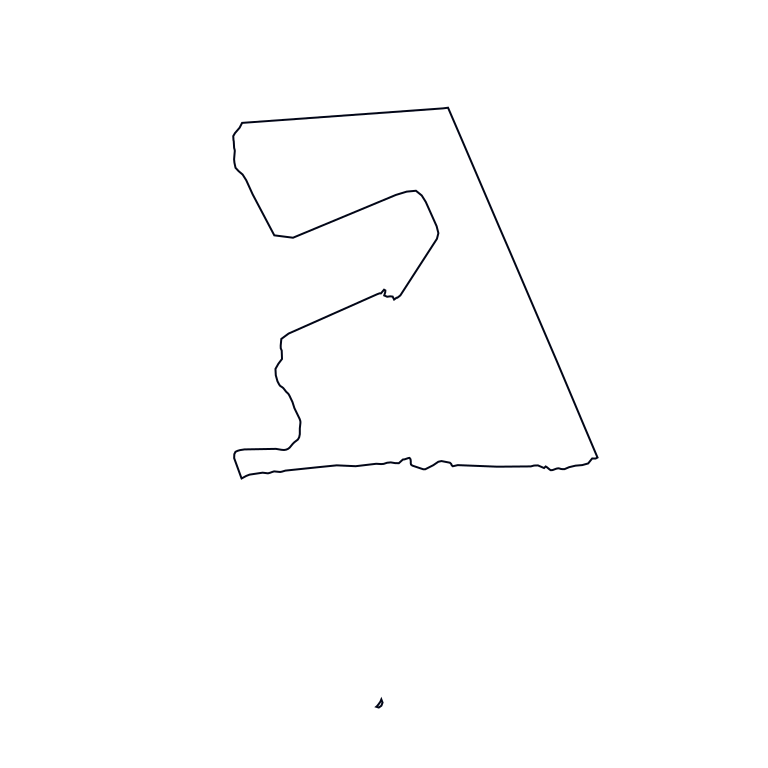 the Province of Sandaun, rotated 157°
{"feature_id": "PNG-1241", "entity_name": "Sandaun", "entity_type": "Province", "adm_level": 1, "iso_a3": "PNG", "parent_name": "Papua New Guinea", "parent_adm1": "", "projection": "orthographic", "projection_center": [142.09, -3.55], "detail": "fine", "context": "isolated", "style": "outline", "palette": "ink", "viewbox_px": 768, "rotation_deg": 157, "n_neighbors": 0, "source": "natural_earth", "source_scale": "10m", "svg_char_len": 2162}
<svg xmlns="http://www.w3.org/2000/svg" viewBox="0 0 768 768"><g transform="rotate(157 384 384)"><path d="M217.1,613.3L216.9,579.1L216.8,550.7L216.6,483.5L216.4,456.2L216.3,424.0L216.2,389.2L216.0,336.4L216.1,296.9L216.2,265.8L216.2,237.8L216.2,232.9L218.3,232.7L221.5,234.1L227.1,231.1L233.2,231.9L239.6,234.0L246.1,235.1L251.1,235.1L253.0,235.9L254.4,236.7L255.4,237.6L256.5,238.3L258.3,238.7L262.4,238.9L264.2,239.5L264.9,240.5L266.6,243.8L267.4,244.9L269.5,244.1L274.1,248.9L277.7,250.3L281.1,250.8L312.0,263.6L347.8,280.5L352.8,281.4L353.4,282.6L353.4,284.2L354.1,285.8L361.2,290.6L364.4,291.2L370.4,290.0L379.4,289.4L381.1,290.1L389.8,297.8L390.6,299.3L390.3,300.7L389.5,302.5L389.0,304.4L389.4,306.0L390.5,306.3L394.6,306.6L396.1,307.1L401.3,305.3L404.8,306.9L408.4,309.2L411.9,310.3L415.5,310.6L417.9,311.4L422.3,313.6L442.2,319.4L459.3,327.6L477.3,333.2L508.6,342.8L512.2,343.2L514.0,343.6L519.3,346.5L521.3,346.7L523.6,346.8L525.7,347.1L530.4,349.8L543.1,353.1L546.7,353.2L552.0,352.7L552.0,353.3L550.9,374.3L549.2,377.9L547.2,379.6L544.9,379.7L542.4,379.4L538.0,378.3L508.8,366.5L504.1,363.5L501.8,362.3L499.7,361.8L497.7,361.8L495.7,362.3L491.5,364.5L489.3,365.4L485.0,366.5L482.9,368.1L481.1,370.7L478.8,376.1L476.1,380.9L475.5,382.5L475.3,384.9L475.9,396.7L475.3,403.2L475.6,410.4L475.9,412.4L477.1,415.1L478.3,419.6L479.0,420.9L480.3,422.8L480.7,424.4L481.0,428.1L480.2,434.3L478.0,440.3L473.3,443.9L468.1,446.9L465.1,454.7L465.1,457.2L464.1,459.7L460.9,465.6L452.1,467.7L355.3,469.3L352.7,469.2L351.4,468.6L347.1,470.8L346.2,469.6L347.0,468.0L349.2,465.4L347.0,463.1L344.1,462.3L341.9,461.1L341.7,457.8L338.7,458.5L338.0,458.2L335.6,458.8L334.3,459.2L278.5,497.0L275.0,501.6L273.9,508.7L274.4,535.2L275.6,542.8L279.1,549.4L287.9,552.2L299.2,553.4L410.6,554.2L426.9,563.7L430.8,609.9L431.2,625.4L432.3,632.1L434.6,636.6L436.2,641.0L435.2,646.2L434.2,649.4L430.3,656.8L430.0,657.8L429.7,659.9L427.4,666.3L427.3,667.2L425.9,671.1L423.1,673.2L416.8,676.3L412.6,679.8L221.8,614.6L217.1,613.3ZM509.7,94.7L509.8,91.3L512.1,88.9L515.2,88.2L517.2,89.9L516.2,90.2L514.0,91.4L511.4,93.0L509.7,94.7Z" fill="none" stroke="#020617" stroke-width="2"/></g></svg>